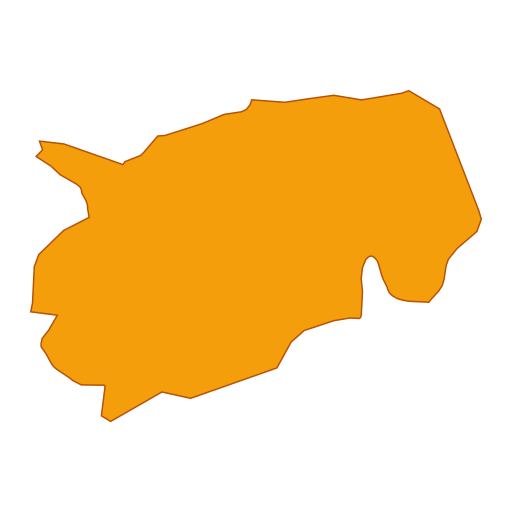 map outline of Tashigang (Albers equal-area conic projection)
{"feature_id": "BTN-2493", "entity_name": "Tashigang", "entity_type": "District", "adm_level": 1, "iso_a3": "BTN", "parent_name": "Bhutan", "parent_adm1": "", "projection": "albers", "projection_center": [91.704, 27.241], "detail": "fine", "context": "isolated", "style": "filled", "palette": "amber", "viewbox_px": 512, "rotation_deg": 0, "n_neighbors": 0, "source": "natural_earth", "source_scale": "10m", "svg_char_len": 1281}
<svg xmlns="http://www.w3.org/2000/svg" viewBox="0 0 512 512"><path d="M251.6,99.8L284.9,102.3L308.1,98.8L333.7,95.3L361.6,99.9L401.4,93.3L408.8,90.7L439.6,109.0L478.8,210.7L481.3,219.2L476.9,231.5L457.1,248.5L448.4,259.2L446.1,265.7L444.1,279.2L442.3,285.4L438.7,291.1L430.5,300.0L428.8,302.4L428.7,302.4L427.1,302.1L409.2,301.3L403.4,300.3L397.6,298.7L392.5,295.8L389.6,293.1L388.0,290.0L387.0,286.9L383.4,279.7L381.8,275.6L378.5,264.1L377.2,260.7L375.0,258.1L372.0,256.0L368.8,256.6L365.9,259.3L362.5,267.6L361.2,278.5L362.5,291.7L361.3,314.6L360.7,317.3L359.2,318.5L350.0,318.0L333.7,320.7L304.2,330.5L291.1,342.1L276.9,367.9L190.6,398.3L161.9,392.0L110.8,421.3L110.4,421.3L101.4,415.8L105.1,386.0L104.2,385.2L81.3,384.9L72.8,380.6L70.0,378.2L56.5,369.1L54.4,367.3L51.8,364.3L45.8,353.4L41.1,346.7L41.1,343.4L42.2,338.3L48.6,330.3L57.3,315.2L30.7,311.8L32.5,303.1L34.3,266.6L38.8,254.5L63.7,230.4L89.1,217.4L87.6,208.5L87.5,205.9L87.0,203.4L85.7,200.0L81.8,193.0L81.5,190.1L80.1,187.1L77.0,184.4L60.1,174.7L51.1,166.2L36.1,156.5L42.5,149.9L39.5,141.1L64.1,144.0L122.9,164.6L125.0,161.6L140.5,155.5L143.2,153.0L157.8,136.0L164.9,135.5L202.2,123.6L224.1,114.4L241.4,111.8L246.3,109.5L249.8,105.1L251.4,101.1L251.6,99.8Z" fill="#f59e0b" stroke="#b45309" stroke-width="1.5"/></svg>